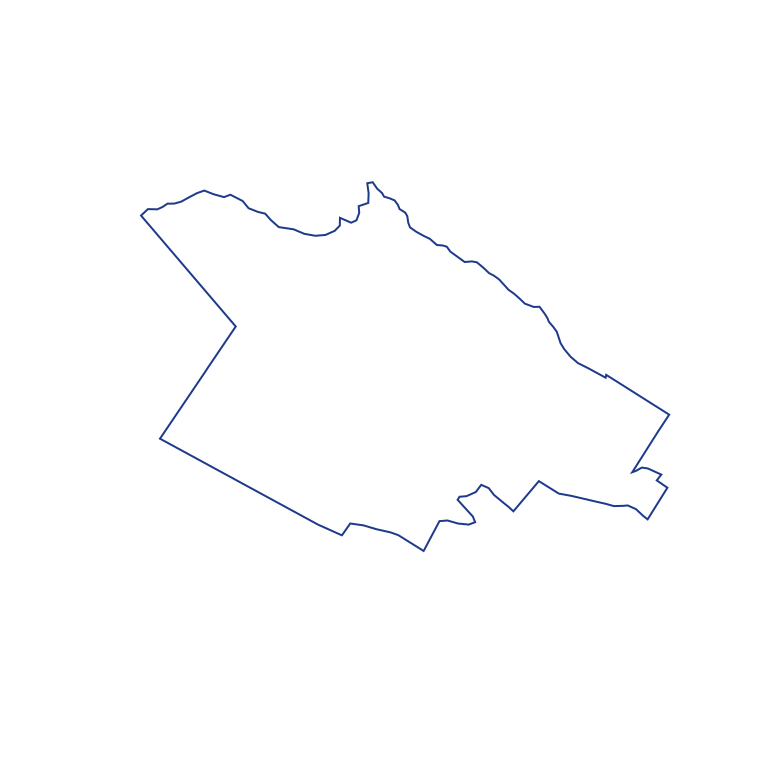 Seremban, Negeri Sembilan, Malaysia, rotated 302°
{"feature_id": "92858781B89018388239971", "entity_name": "Seremban", "entity_type": "district", "adm_level": 2, "iso_a3": "MYS", "parent_name": "Malaysia", "parent_adm1": "Negeri Sembilan", "projection": "equal_earth", "projection_center": [101.966, 2.756], "detail": "fine", "context": "isolated", "style": "outline", "palette": "blue", "viewbox_px": 768, "rotation_deg": 302, "n_neighbors": 0, "source": "geoboundaries", "source_scale": "gbopen_adm2", "svg_char_len": 1734}
<svg xmlns="http://www.w3.org/2000/svg" viewBox="0 0 768 768"><g transform="rotate(302 384 384)"><path d="M398.1,88.7L354.2,227.8L304.9,226.0L299.7,225.9L260.7,224.5L218.9,223.0L229.8,402.6L233.1,426.7L233.4,428.5L247.8,429.3L253.2,441.4L256.8,454.4L261.6,468.1L263.4,476.2L263.4,489.2L263.4,506.1L297.1,503.7L301.9,510.2L304.9,520.7L309.7,530.4L315.1,534.5L318.7,529.6L324.8,507.8L328.4,507.8L332.6,513.4L341.0,519.1L350.0,519.9L351.2,528.0L348.2,536.1L347.0,545.0L345.8,554.7L344.6,561.2L383.7,566.8L383.7,580.6L383.7,590.3L388.5,602.4L395.7,623.5L399.9,635.6L402.3,643.7L407.7,651.8L410.2,655.1L411.4,664.0L409.5,673.7L408.9,679.3L446.2,679.3L446.8,666.4L454.1,667.2L452.2,652.6L449.8,647.0L443.8,643.7L440.8,641.3L488.7,641.6L509.1,642.1L509.5,567.6L506.8,568.6L505.6,548.9L504.5,537.5L506.0,527.7L509.1,518.3L512.2,512.1L519.9,502.8L522.2,497.1L524.1,490.9L526.4,487.8L528.7,483.1L531.9,475.0L531.8,474.8L528.7,470.2L526.8,460.9L528.3,453.6L529.5,446.4L529.9,439.6L533.7,426.2L534.1,420.0L533.7,414.3L535.3,406.5L536.4,398.2L534.5,393.5L530.2,387.8L531.4,370.2L533.7,364.5L532.6,360.4L529.9,355.2L531.4,345.9L530.6,338.6L530.2,330.9L530.6,323.1L533.7,319.0L538.7,314.8L540.6,311.2L540.6,304.5L543.3,300.8L545.3,295.7L544.5,290.5L542.9,284.8L544.9,281.2L546.0,274.7L549.1,267.5L545.4,263.4L537.6,269.9L529.2,274.7L521.4,268.3L516.0,272.3L508.2,273.9L503.4,270.7L501.6,258.6L494.9,262.6L487.7,261.0L479.3,255.3L473.3,247.2L469.1,236.7L467.3,225.4L461.3,211.6L463.1,201.1L465.5,193.0L463.1,185.7L461.3,176.0L464.3,167.1L463.1,153.4L457.7,149.3L454.6,138.8L452.8,129.1L446.8,124.3L438.4,119.4L431.2,115.4L425.8,110.5L422.2,104.8L416.8,102.4L412.0,99.2L407.2,91.1L398.1,88.7Z" fill="none" stroke="#1e3a8a" stroke-width="2"/></g></svg>